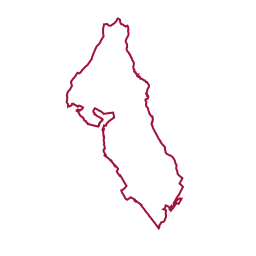 Deleni, Iasi, Romania (orthographic projection), rotated 64°
{"feature_id": "2599482B9062650452312", "entity_name": "Deleni", "entity_type": "district", "adm_level": 2, "iso_a3": "ROU", "parent_name": "Romania", "parent_adm1": "Iasi", "projection": "orthographic", "projection_center": [26.854, 47.467], "detail": "fine", "context": "isolated", "style": "outline", "palette": "rose", "viewbox_px": 256, "rotation_deg": 64, "n_neighbors": 0, "source": "geoboundaries", "source_scale": "gbopen_adm2", "svg_char_len": 5763}
<svg xmlns="http://www.w3.org/2000/svg" viewBox="0 0 256 256"><g transform="rotate(64 128 128)"><path d="M79.2,171.6L79.7,171.5L81.0,171.8L81.8,172.2L82.3,172.4L82.1,171.8L82.4,171.8L82.6,171.3L83.0,170.8L82.8,170.5L82.9,170.1L82.9,169.3L82.5,168.2L82.0,168.2L81.8,168.1L81.8,167.5L82.1,166.7L82.3,166.4L84.0,165.7L84.9,164.8L86.9,163.7L86.3,162.8L86.8,161.7L88.5,160.3L89.9,159.5L90.4,160.1L91.1,161.3L90.9,161.8L91.0,162.2L90.8,162.6L91.3,163.7L91.1,164.1L90.1,164.2L90.0,165.0L89.5,165.2L89.7,166.5L90.2,166.7L90.8,166.1L92.0,165.6L92.8,165.7L94.2,165.5L94.5,165.7L96.0,165.5L96.2,165.3L96.5,165.2L97.2,164.7L97.8,164.7L98.4,164.2L99.0,164.0L99.2,163.7L100.8,164.0L101.3,163.8L102.0,164.0L102.6,163.4L103.7,162.7L104.6,163.0L105.7,162.2L106.2,162.2L106.8,162.4L107.1,161.7L108.0,161.1L108.0,160.8L108.5,160.4L112.3,155.8L113.6,154.4L113.0,153.6L113.3,153.4L113.3,153.0L112.6,152.6L112.2,152.6L111.3,151.9L111.4,151.3L111.3,151.0L110.5,150.5L110.4,149.3L109.9,147.8L109.7,147.5L109.4,147.8L109.0,147.2L108.6,147.1L108.5,147.3L108.4,147.3L107.3,148.1L105.9,148.8L104.4,150.0L102.2,151.4L101.9,151.2L101.6,151.5L100.9,151.9L100.7,152.1L100.1,151.5L99.6,151.6L98.7,152.1L97.5,151.8L95.7,149.2L97.1,148.0L100.0,146.2L100.3,145.7L101.2,145.1L103.5,144.0L104.4,143.9L104.6,143.7L104.9,142.7L105.5,141.3L105.7,140.2L107.6,134.7L109.0,134.9L112.5,135.8L112.6,136.3L112.5,136.9L112.9,137.9L113.0,139.4L113.3,140.4L113.3,141.2L114.1,143.5L114.5,144.5L114.7,145.0L114.7,145.3L116.2,146.6L115.2,148.3L115.5,148.4L115.4,148.6L117.4,150.5L118.0,149.9L119.3,150.8L118.7,151.7L120.5,152.0L122.7,152.8L124.9,153.7L125.1,153.3L125.5,153.6L125.9,153.5L128.1,155.1L129.9,155.7L131.1,155.9L132.4,156.9L133.8,157.0L136.3,157.8L136.7,158.4L136.7,159.1L136.7,159.3L138.1,160.1L140.6,160.0L141.8,160.4L142.1,159.8L143.0,160.0L142.9,160.9L146.4,159.0L149.6,157.9L149.6,157.4L150.7,157.2L150.8,157.5L152.2,157.1L153.6,156.9L154.9,156.2L155.4,156.7L156.6,156.6L157.1,156.3L157.2,156.1L157.0,155.7L160.0,154.8L160.7,155.1L162.0,157.1L164.7,156.9L167.3,156.4L167.1,155.8L168.4,155.6L175.1,155.2L179.4,154.7L180.1,156.1L181.0,158.6L181.1,159.3L181.1,161.4L183.7,161.7L185.9,161.3L190.4,161.2L190.9,161.0L191.9,160.4L191.9,160.0L192.1,159.9L191.7,157.2L191.5,156.6L191.5,155.9L192.5,155.4L193.8,154.2L194.7,153.8L195.3,153.3L195.9,153.9L196.2,154.1L197.1,153.5L196.5,153.2L197.3,152.5L198.0,152.3L203.0,149.6L203.3,150.1L208.8,148.9L210.3,148.8L215.4,147.5L216.0,147.7L218.7,146.9L229.2,144.8L231.7,144.4L231.3,143.7L230.5,143.0L229.4,142.8L229.1,142.0L228.6,141.5L228.5,140.8L227.4,139.5L227.7,138.1L227.8,136.8L227.7,136.3L227.1,135.6L226.0,134.7L225.3,133.7L224.7,132.9L223.6,132.3L222.8,132.1L222.4,131.8L221.7,131.8L219.7,130.5L218.5,130.0L216.5,131.7L216.5,130.9L216.1,129.7L214.9,128.5L214.1,128.2L214.1,127.9L215.4,126.8L216.3,126.2L218.3,125.4L217.0,122.7L217.4,122.6L219.0,126.2L219.8,125.8L219.9,126.0L221.1,125.8L220.5,124.5L219.6,122.3L216.7,117.4L218.4,115.8L215.0,110.8L214.0,112.2L214.1,112.7L214.0,114.4L214.8,116.9L215.9,118.2L215.4,118.9L216.0,120.0L215.6,119.9L214.2,117.8L213.4,116.8L212.7,115.3L212.3,114.8L211.8,114.7L211.7,114.5L211.5,113.5L211.0,112.7L210.5,112.1L210.3,111.1L209.5,110.4L205.0,104.4L202.3,105.2L200.6,106.1L196.9,101.1L192.9,103.0L191.7,103.2L191.1,103.5L188.0,102.6L185.9,102.5L184.7,102.0L182.7,100.6L182.3,100.8L181.5,100.9L180.8,100.7L180.3,100.8L177.4,100.2L175.3,100.5L174.4,100.4L171.7,101.6L170.8,102.6L168.5,104.3L167.2,104.8L166.2,104.9L165.8,104.6L163.1,104.1L161.6,103.2L155.0,105.0L154.5,104.6L151.2,105.1L140.8,105.5L137.7,105.4L136.8,105.1L136.6,105.3L136.3,105.3L135.4,105.0L134.9,105.1L134.8,104.9L134.3,104.8L134.1,104.3L133.8,104.2L133.4,103.5L133.2,103.3L132.8,103.4L132.7,103.1L132.4,102.7L131.9,102.5L131.0,101.8L130.6,101.8L130.0,101.4L129.8,101.6L128.2,101.0L127.3,102.0L125.5,102.3L125.0,102.4L125.0,102.2L123.6,102.3L122.0,102.0L121.0,102.0L119.7,101.5L118.5,101.4L116.7,102.0L115.9,101.8L115.6,101.9L114.5,101.4L113.5,100.6L113.1,100.1L112.7,100.0L111.6,100.2L110.7,100.2L110.2,99.8L110.0,99.5L110.3,97.4L109.6,96.4L108.4,95.9L108.1,96.2L107.9,96.6L107.5,96.2L107.3,96.4L106.8,96.2L106.8,96.5L106.3,96.5L105.7,96.1L105.3,96.7L105.0,96.7L104.3,96.0L103.5,94.8L102.7,94.1L101.4,93.2L101.0,92.6L100.4,91.4L99.0,90.5L98.5,90.4L97.5,90.6L95.2,90.7L94.6,91.8L93.9,91.6L93.4,91.8L93.1,92.0L92.6,92.0L91.8,93.1L91.1,93.2L89.9,93.9L89.5,94.9L89.2,95.1L88.8,95.3L87.8,94.9L86.6,95.1L86.6,95.6L87.4,95.6L86.5,96.4L86.1,96.4L85.5,96.9L84.6,96.2L84.5,95.9L84.3,95.6L84.1,96.2L84.0,96.8L83.4,96.9L82.9,96.7L82.2,97.1L81.3,96.7L80.0,97.8L79.1,97.2L78.7,96.7L77.2,97.1L75.9,96.7L72.9,94.6L71.5,94.1L68.7,94.3L66.8,94.0L65.9,94.3L64.8,94.1L64.1,94.3L63.4,94.0L63.0,93.9L62.2,94.4L60.6,94.3L58.9,94.9L57.2,94.9L56.4,94.7L55.7,94.3L55.1,93.5L53.5,92.6L51.6,92.1L49.7,92.3L48.7,91.9L46.8,89.9L45.9,88.4L44.6,86.9L43.1,86.0L41.3,85.6L40.8,85.4L40.3,84.8L39.7,84.7L39.4,84.4L39.0,84.2L37.5,83.7L36.4,83.6L35.7,83.8L35.7,84.8L35.9,85.5L33.8,86.9L33.4,86.9L32.6,87.4L32.0,88.2L31.6,88.6L30.6,88.7L28.4,88.4L27.5,87.7L27.3,87.7L25.9,88.5L25.5,88.6L25.1,89.0L25.2,89.5L26.7,91.4L27.5,93.3L27.8,94.2L28.5,98.2L28.3,99.3L27.5,100.2L26.4,101.0L25.5,101.0L25.2,101.4L24.7,103.4L24.3,104.1L25.4,105.0L26.4,105.6L27.6,106.8L29.0,107.3L30.8,108.4L34.7,109.7L35.3,110.2L35.9,111.5L36.9,112.9L37.4,113.9L39.0,115.5L40.1,117.9L40.3,118.8L41.1,120.8L42.0,121.6L42.4,122.4L46.8,127.3L48.6,129.2L49.6,129.9L50.2,130.6L53.7,136.9L54.1,138.7L54.3,139.6L54.9,140.9L55.1,141.9L55.5,142.6L55.7,143.6L56.5,144.7L57.4,146.9L57.5,147.7L57.4,148.1L56.2,149.2L58.8,153.5L59.5,155.4L60.6,157.4L61.2,158.8L62.9,159.5L64.0,159.5L65.7,160.0L67.8,163.1L69.3,166.4L71.7,168.6L72.5,168.9L73.8,169.0L77.7,171.7L79.2,171.6Z" fill="none" stroke="#9f1239" stroke-width="2"/></g></svg>